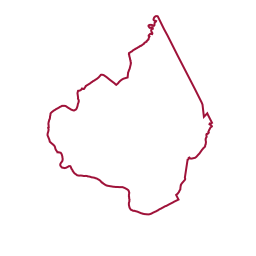 outline of Foundiougne, Fatick, Senegal, rotated 243°
{"feature_id": "50182788B85341589150678", "entity_name": "Foundiougne", "entity_type": "district", "adm_level": 2, "iso_a3": "SEN", "parent_name": "Senegal", "parent_adm1": "Fatick", "projection": "orthographic", "projection_center": [-16.407, 13.882], "detail": "fine", "context": "isolated", "style": "outline", "palette": "rose", "viewbox_px": 256, "rotation_deg": 243, "n_neighbors": 0, "source": "geoboundaries", "source_scale": "gbopen_adm2", "svg_char_len": 5747}
<svg xmlns="http://www.w3.org/2000/svg" viewBox="0 0 256 256"><g transform="rotate(243 128 128)"><path d="M41.3,140.5L46.5,140.5L46.9,142.1L46.9,142.4L47.4,143.3L48.0,144.6L48.8,145.4L49.5,146.7L51.0,147.6L51.4,147.9L53.0,149.0L53.1,149.3L53.5,149.5L54.2,150.8L54.6,151.7L55.1,153.0L55.3,153.4L55.7,154.5L56.2,155.5L57.1,156.0L57.9,156.1L72.7,166.7L72.6,167.1L73.1,168.2L73.3,168.5L73.8,168.6L73.8,169.3L73.0,169.4L72.7,169.6L72.2,170.1L71.8,171.0L71.0,174.3L71.0,174.5L71.3,175.9L72.6,179.2L72.7,179.8L75.0,184.1L75.5,185.4L75.8,185.9L76.1,187.2L76.4,188.0L76.8,188.5L77.1,188.6L77.9,189.3L78.1,189.7L80.1,191.1L81.4,191.5L82.0,191.7L82.6,192.1L82.9,192.1L84.5,193.9L84.5,194.1L86.1,194.6L86.5,194.8L87.0,195.4L86.6,196.2L86.7,196.5L86.9,197.3L87.1,197.6L87.3,197.4L87.6,197.6L88.0,197.7L88.3,198.2L89.4,199.4L89.9,200.2L91.0,201.7L91.2,202.6L91.2,203.1L91.4,203.5L92.1,203.5L92.5,203.3L92.9,203.2L94.3,202.3L94.8,202.8L94.6,203.0L94.5,203.4L94.5,205.2L103.7,205.2L105.1,205.3L103.5,200.7L115.0,205.0L117.2,205.2L132.3,205.3L169.9,205.1L192.4,205.2L199.9,205.0L213.9,205.2L214.1,205.0L214.4,204.8L215.0,203.6L215.0,202.9L214.6,201.5L213.4,200.2L212.9,199.9L212.6,199.9L212.1,200.0L211.6,200.4L211.2,201.0L210.5,201.6L210.3,201.4L210.0,200.6L210.0,200.1L209.7,199.5L207.6,198.2L207.5,197.8L207.3,197.4L208.9,196.1L209.2,195.7L209.6,195.1L210.1,193.9L210.1,193.5L210.0,192.9L209.7,192.6L209.3,192.5L207.7,192.7L207.3,192.9L207.2,193.2L207.2,193.6L207.1,194.5L206.8,195.1L206.3,195.5L205.7,195.4L205.2,195.2L205.3,194.8L205.2,194.3L205.3,193.9L204.7,193.1L204.1,192.8L203.6,192.7L202.5,192.7L202.0,192.8L201.3,192.7L201.0,192.5L200.7,192.1L201.7,191.0L201.8,190.6L201.2,188.7L200.9,188.3L200.6,188.2L199.8,188.6L199.7,188.4L199.1,187.9L198.4,186.9L198.1,186.8L197.7,186.6L197.5,186.2L197.4,185.7L197.4,185.3L197.1,184.8L196.9,183.9L196.5,183.7L196.4,182.3L196.5,181.8L196.4,181.3L196.0,180.6L195.8,180.4L195.7,180.0L195.7,179.0L195.6,178.6L195.5,178.3L195.3,176.9L195.5,176.6L195.6,176.2L195.4,175.9L195.4,174.9L195.2,174.4L195.3,173.9L195.3,173.5L195.1,172.4L195.2,171.8L195.1,171.0L195.2,170.7L195.0,170.4L195.1,169.8L195.0,169.5L195.0,168.3L194.8,167.1L194.5,166.6L194.5,164.8L194.2,163.4L194.3,163.1L194.3,162.9L193.7,162.5L193.3,162.4L193.1,162.4L193.0,162.2L192.6,162.2L192.0,162.0L191.4,161.9L191.1,161.7L190.2,161.6L189.3,161.4L188.1,161.0L187.7,161.0L187.3,160.8L186.9,160.9L186.0,160.4L185.1,160.3L184.7,160.2L184.4,160.0L184.4,159.8L183.3,159.2L182.0,158.0L181.7,157.8L180.7,156.9L180.4,156.7L179.8,156.1L179.1,155.1L178.2,154.3L177.3,153.2L177.0,153.1L176.6,152.8L175.7,152.2L173.2,150.6L174.0,146.3L173.9,144.3L173.5,142.3L173.2,141.5L173.1,140.9L172.7,140.2L172.3,139.3L171.8,137.1L172.6,136.7L173.9,136.3L179.2,133.7L183.1,132.0L186.2,130.3L187.0,129.4L187.6,128.4L187.7,127.9L187.5,127.6L186.4,124.8L185.9,122.5L185.8,120.8L185.6,119.7L185.6,117.9L185.3,116.9L185.4,116.3L185.0,114.8L184.7,111.1L184.7,110.4L184.5,109.9L184.6,109.4L183.8,108.4L183.5,107.7L182.8,106.7L182.9,106.1L183.1,105.7L183.6,105.5L184.1,104.9L183.4,103.8L183.2,102.8L183.3,101.8L183.8,100.4L183.4,100.0L182.8,99.5L182.0,98.8L177.7,97.3L177.0,96.8L176.5,96.7L175.8,96.8L174.3,96.4L174.1,96.1L173.2,95.5L172.3,94.4L170.5,93.0L169.6,92.1L168.8,91.2L168.3,90.4L168.1,89.8L168.1,87.8L168.7,87.1L170.2,85.7L172.3,84.5L172.7,84.1L173.4,83.8L174.0,83.4L174.7,83.1L175.1,82.8L175.4,82.7L175.9,82.4L176.7,81.3L176.9,80.7L177.3,80.2L177.4,79.7L177.7,79.2L177.6,77.8L177.7,76.6L177.5,75.7L177.5,74.5L177.4,74.0L177.5,73.3L177.5,72.5L177.3,71.7L177.2,69.4L177.0,68.8L176.8,67.5L176.4,66.2L176.1,65.6L174.3,64.4L174.0,64.0L173.4,63.6L172.8,63.3L171.9,62.6L171.5,62.3L171.3,61.8L170.8,61.3L170.0,60.7L169.6,60.2L169.2,60.0L168.8,59.6L168.1,59.1L167.6,58.8L166.9,58.7L165.3,57.9L164.7,57.8L164.5,57.6L164.4,56.9L163.8,56.8L163.0,56.7L162.3,56.3L161.0,55.3L160.0,54.3L159.0,53.5L158.0,53.0L153.3,52.6L151.3,52.1L148.4,53.2L148.0,53.5L147.2,53.7L146.6,54.0L145.6,54.3L144.1,54.3L142.6,53.9L141.5,53.8L139.0,54.1L138.5,54.4L138.1,54.9L138.0,54.7L137.1,56.1L136.5,56.8L134.7,57.0L132.2,56.5L131.6,56.2L130.5,55.9L129.8,55.6L129.1,55.0L128.6,54.8L127.9,53.6L127.5,52.6L126.5,51.2L125.4,50.7L124.7,50.7L123.9,50.9L123.0,51.1L122.6,51.3L122.0,52.2L121.1,53.2L120.7,54.7L120.7,55.5L120.7,56.4L120.8,58.2L120.3,59.0L120.1,59.3L118.9,59.3L118.4,59.3L117.8,59.1L117.2,59.1L116.7,59.3L116.1,59.3L115.2,59.4L114.8,59.2L114.2,59.4L113.6,59.4L113.0,59.6L112.4,59.6L110.8,60.3L110.4,60.6L109.0,61.2L107.9,62.6L107.0,64.5L106.2,65.7L105.3,66.8L105.0,67.4L104.4,68.8L104.0,69.4L103.7,69.8L103.2,70.1L102.9,70.6L101.8,72.1L101.3,72.5L100.4,73.4L100.0,74.1L98.7,75.8L98.1,76.1L97.7,76.7L96.8,77.5L95.3,78.4L95.0,78.7L93.3,79.5L92.6,79.5L92.0,79.7L91.6,80.0L91.1,80.0L90.8,80.5L90.1,80.6L89.4,80.9L89.1,81.2L87.7,81.9L87.3,82.3L86.8,82.5L86.3,83.0L86.0,83.5L85.6,83.8L85.4,84.2L84.1,85.8L83.9,86.2L82.5,88.0L81.7,89.3L80.8,90.6L80.6,91.2L79.9,92.4L79.2,93.5L79.0,94.0L78.5,94.9L77.8,96.3L77.1,96.9L76.1,97.8L73.6,99.5L73.3,99.6L72.6,100.0L72.0,100.1L71.5,100.0L71.0,100.0L70.5,99.8L69.9,99.8L69.5,99.5L68.9,99.2L68.4,98.7L67.5,98.2L66.4,97.8L66.4,97.7L65.6,97.5L64.9,97.1L63.8,96.9L63.4,96.8L63.3,96.6L62.6,96.2L61.8,95.8L61.2,95.1L60.7,94.7L59.1,93.9L56.3,93.2L54.1,93.4L53.5,93.7L52.7,94.5L52.1,94.8L51.5,95.6L51.3,96.2L50.8,96.6L49.2,98.4L46.6,100.6L46.2,100.9L45.3,101.9L45.1,102.2L44.7,102.4L44.4,102.9L43.6,103.9L43.1,104.8L42.4,105.8L42.2,106.2L41.7,107.1L41.4,108.0L41.1,109.7L41.2,109.9L41.1,111.0L41.2,111.4L41.1,114.2L41.0,115.3L41.1,116.3L41.0,117.1L41.2,117.8L41.3,119.5L41.2,121.2L41.3,121.9L41.3,122.7L41.3,123.5L41.4,124.7L41.4,126.0L41.2,126.5L41.2,126.9L41.3,129.8L41.3,132.5L41.3,133.2L41.3,134.5L41.4,135.4L41.3,140.5Z" fill="none" stroke="#9f1239" stroke-width="2"/></g></svg>